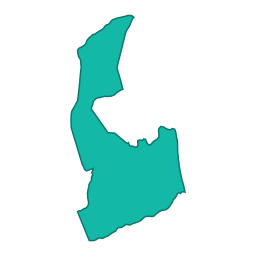 outline of Rio Tinto, Paraíba, Brazil
{"feature_id": "56859067B7605196219399", "entity_name": "Rio Tinto", "entity_type": "district", "adm_level": 2, "iso_a3": "BRA", "parent_name": "Brazil", "parent_adm1": "Paraíba", "projection": "equal_earth", "projection_center": [-35.029, -6.767], "detail": "fine", "context": "isolated", "style": "filled", "palette": "teal", "viewbox_px": 256, "rotation_deg": 0, "n_neighbors": 0, "source": "geoboundaries", "source_scale": "gbopen_adm2", "svg_char_len": 2668}
<svg xmlns="http://www.w3.org/2000/svg" viewBox="0 0 256 256"><path d="M133.9,17.3L131.7,15.7L129.6,15.4L127.5,15.6L125.4,16.3L123.4,16.7L120.9,17.3L119.0,17.7L117.2,18.1L115.6,18.6L114.1,19.3L112.5,19.8L110.7,21.5L109.7,23.2L108.0,24.6L106.4,24.9L105.2,25.9L104.0,27.7L102.1,29.6L99.6,30.8L97.9,32.0L96.3,33.1L94.4,34.4L92.8,34.5L91.1,36.2L89.2,37.8L87.0,40.3L86.5,42.3L85.2,44.4L83.5,45.9L82.2,46.7L80.7,47.4L78.9,48.4L77.5,50.2L78.0,54.0L78.7,56.7L80.3,59.4L80.8,61.8L80.9,64.3L81.2,67.1L80.7,71.1L80.3,75.3L79.9,79.6L79.8,82.0L79.4,84.5L79.3,87.2L78.9,89.5L78.6,92.2L78.3,95.4L77.9,98.6L77.4,101.1L71.9,111.0L71.3,113.7L71.1,116.8L71.0,120.0L71.1,124.5L71.2,127.4L73.1,133.9L82.4,164.7L83.6,166.5L84.2,168.9L86.3,170.9L93.3,168.5L92.8,170.3L91.7,172.8L93.0,174.5L91.8,176.3L91.4,178.5L91.3,180.8L90.2,182.3L89.0,184.5L88.9,186.6L88.3,188.7L87.9,190.6L87.5,193.1L87.7,196.3L87.8,198.4L88.3,200.4L88.6,203.1L88.1,205.6L85.9,208.2L84.0,208.6L82.4,209.8L80.6,210.8L79.2,210.8L77.5,211.6L89.2,240.5L91.4,240.6L93.2,240.6L95.8,239.9L98.6,238.0L100.4,238.0L102.1,238.4L103.8,238.0L105.2,236.8L107.0,236.4L108.5,235.6L110.0,234.2L111.4,233.5L112.6,232.6L114.3,231.8L115.8,230.9L116.9,228.9L118.3,227.6L120.0,227.5L121.5,227.4L123.0,226.5L124.6,225.5L126.2,224.3L127.9,224.7L129.7,225.0L131.9,224.0L134.3,223.1L137.5,222.1L139.3,221.3L141.1,220.3L142.6,218.9L143.9,217.5L145.6,216.5L148.1,216.2L150.6,216.4L152.4,216.5L154.0,216.0L155.6,214.4L157.6,212.8L159.5,211.5L160.9,210.7L162.5,210.4L164.5,210.0L166.2,209.5L168.1,208.2L169.7,206.4L170.9,204.2L172.2,202.6L173.4,199.5L175.1,197.9L176.5,195.9L177.4,193.7L179.0,192.6L180.4,193.5L182.0,191.9L183.3,191.8L185.0,192.1L184.5,189.9L183.9,186.9L183.6,185.1L182.9,183.0L182.0,180.0L181.5,177.8L180.1,171.0L179.7,168.7L179.2,165.9L179.0,163.5L178.5,160.5L178.2,156.6L177.8,153.3L177.6,149.3L177.6,146.7L177.5,141.9L176.4,136.3L175.8,132.6L174.8,129.3L172.2,128.5L170.8,129.7L168.5,129.6L166.2,128.7L164.3,127.4L161.0,126.4L158.9,128.5L158.5,131.3L158.9,133.6L158.9,136.9L156.9,139.4L153.8,141.1L152.3,142.8L150.2,145.0L148.3,144.6L147.2,143.3L146.5,141.8L145.5,139.4L143.8,138.9L142.2,140.5L139.8,139.9L137.8,140.7L137.7,142.7L138.1,144.8L136.9,147.1L134.6,147.1L132.3,146.0L130.0,146.2L129.1,144.4L128.4,142.6L127.1,143.5L125.2,142.0L114.6,133.1L107.9,132.7L105.3,128.9L91.2,108.9L93.7,100.9L95.3,99.1L97.2,97.9L99.0,97.6L100.7,97.4L102.9,96.7L104.7,96.3L107.4,96.5L109.6,96.3L111.4,96.1L113.0,95.4L114.5,94.8L116.0,93.3L117.5,92.1L118.9,91.4L120.7,89.9L122.8,89.4L121.1,82.3L116.9,67.7L125.4,33.7L126.8,30.1L128.7,27.3L130.1,24.5L131.4,21.3L132.3,19.0L133.9,17.3Z" fill="#14b8a6" stroke="#0f766e" stroke-width="1.5"/></svg>